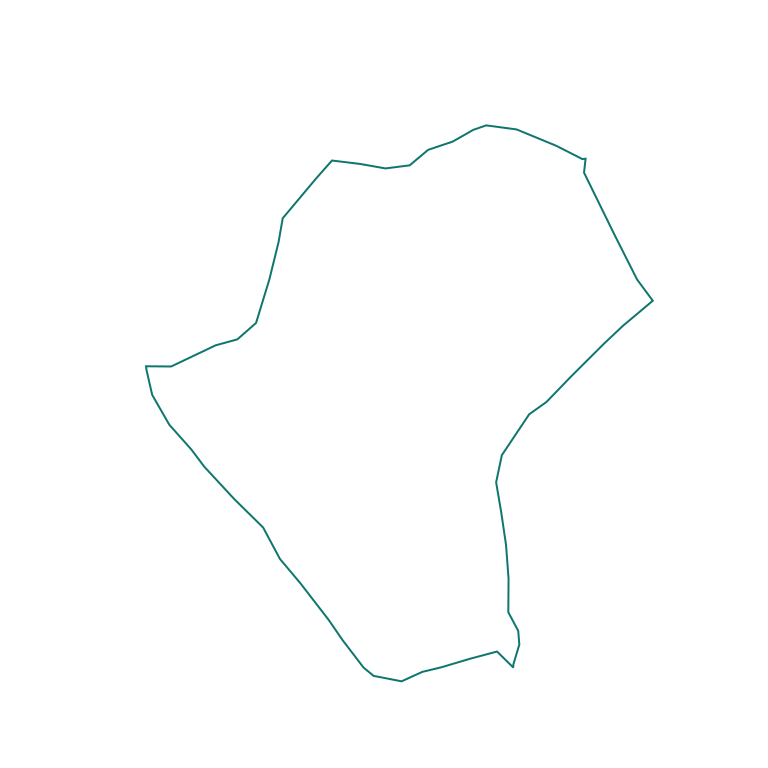 outline of Solna, Stockholm, Sweden, rotated 197°
{"feature_id": "70781695B78362616734409", "entity_name": "Solna", "entity_type": "district", "adm_level": 2, "iso_a3": "SWE", "parent_name": "Sweden", "parent_adm1": "Stockholm", "projection": "orthographic", "projection_center": [18.004, 59.371], "detail": "fine", "context": "isolated", "style": "outline", "palette": "teal", "viewbox_px": 768, "rotation_deg": 197, "n_neighbors": 0, "source": "geoboundaries", "source_scale": "gbopen_adm2", "svg_char_len": 898}
<svg xmlns="http://www.w3.org/2000/svg" viewBox="0 0 768 768"><g transform="rotate(197 384 384)"><path d="M616.7,331.4L615.3,328.1L602.5,305.8L577.3,282.2L548.9,264.9L531.6,252.3L493.8,230.3L457.6,211.4L432.4,186.3L405.7,169.0L367.9,142.2L348.8,127.0L320.6,106.8L308.5,101.8L303.3,102.4L280.3,104.8L263.2,119.9L246.1,130.0L221.9,146.1L197.7,161.2L177.9,150.9L177.7,151.1L178.3,154.0L178.4,174.4L183.5,187.2L198.4,202.1L208.0,234.3L220.3,265.9L234.4,295.6L248.0,322.7L250.5,350.4L236.3,397.5L223.4,414.3L207.3,445.9L185.3,487.1L172.4,509.7L151.3,542.2L172.5,557.9L207.2,594.1L254.5,644.6L257.1,658.4L260.1,657.1L289.3,662.2L331.7,666.2L361.9,661.2L373.0,653.1L389.2,635.9L410.3,620.8L423.4,600.6L445.6,590.6L470.8,587.5L499.1,582.5L509.2,560.3L529.3,512.9L526.3,488.7L524.2,450.4L524.2,405.0L537.3,383.8L556.4,371.7L592.7,338.5L616.7,331.4Z" fill="none" stroke="#0f766e" stroke-width="2"/></g></svg>